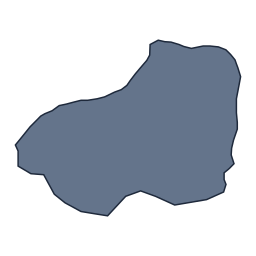 Asomatos Keryneias, Cyprus (Natural Earth projection)
{"feature_id": "46923920B22292626900654", "entity_name": "Asomatos Keryneias", "entity_type": "district", "adm_level": 2, "iso_a3": "CYP", "parent_name": "Cyprus", "parent_adm1": "", "projection": "natural_earth1", "projection_center": [33.086, 35.27], "detail": "fine", "context": "isolated", "style": "filled", "palette": "slate", "viewbox_px": 256, "rotation_deg": 0, "n_neighbors": 0, "source": "geoboundaries", "source_scale": "gbopen_adm2", "svg_char_len": 887}
<svg xmlns="http://www.w3.org/2000/svg" viewBox="0 0 256 256"><path d="M107.6,215.8L125.7,196.3L140.6,190.9L155.5,196.3L174.7,205.0L206.6,199.6L223.6,192.0L226.0,184.4L224.1,179.6L224.1,172.8L229.3,168.5L234.0,163.7L231.2,155.0L231.6,148.3L233.5,140.2L237.3,129.1L237.3,122.4L236.4,112.8L236.4,98.8L238.7,86.8L240.6,76.7L237.8,67.6L236.4,63.9L235.0,59.9L230.7,54.6L225.9,49.8L218.4,46.9L209.8,46.0L203.2,46.0L191.4,48.4L183.8,46.5L179.0,44.5L171.0,42.1L164.8,41.7L158.2,40.2L150.1,44.5L149.7,55.1L146.8,60.4L140.2,68.1L135.4,73.8L130.2,80.6L126.9,85.4L121.2,89.7L114.6,92.1L104.6,96.9L97.1,98.8L87.6,100.3L81.0,100.3L73.4,102.2L66.3,104.1L59.2,105.6L52.0,110.8L44.9,113.7L40.7,116.1L35.5,121.4L30.2,126.7L23.6,134.9L15.4,145.0L18.1,151.0L18.1,166.1L30.9,173.7L43.7,174.7L54.3,194.2L65.0,202.8L81.0,211.5L93.7,213.6L107.6,215.8Z" fill="#64748b" stroke="#1e293b" stroke-width="1.5"/></svg>